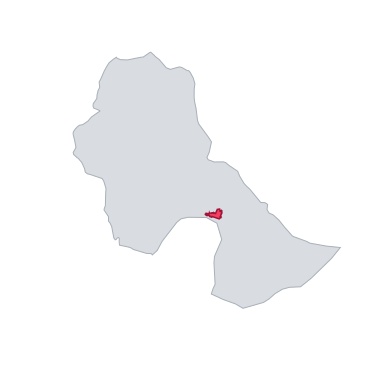 Babītes pag., Babites, Latvia (highlighted), rotated 222°
{"feature_id": "27541924B20304817585286", "entity_name": "Babītes pag.", "entity_type": "district", "adm_level": 2, "iso_a3": "LVA", "parent_name": "Latvia", "parent_adm1": "Babites", "projection": "albers", "projection_center": [23.861, 56.895], "detail": "fine", "context": "in_parent", "style": "filled", "palette": "rose", "viewbox_px": 384, "rotation_deg": 222, "n_neighbors": 0, "source": "geoboundaries", "source_scale": "gbopen_adm2", "svg_char_len": 3971}
<svg xmlns="http://www.w3.org/2000/svg" viewBox="0 0 384 384"><g transform="rotate(222 192 192)"><path d="M275.6,280.0L273.5,279.7L267.5,277.6L262.3,274.4L259.2,269.9L253.8,263.8L250.3,260.7L244.9,256.8L235.8,248.9L232.6,247.1L216.8,243.8L211.1,242.3L205.8,233.1L204.0,227.7L201.5,226.8L198.7,228.0L195.7,229.1L188.7,235.5L186.5,236.4L182.1,236.5L171.9,238.0L167.3,235.7L159.2,233.2L154.9,232.8L151.0,232.8L133.9,230.2L130.7,232.9L127.5,233.4L124.5,229.1L120.7,227.9L116.5,229.3L108.8,229.3L99.8,227.8L88.3,226.5L86.5,226.9L73.5,232.1L70.3,232.8L56.0,241.7L44.6,250.0L43.9,236.0L45.7,208.0L47.9,194.2L55.8,186.4L59.8,180.2L62.3,171.9L63.2,164.1L65.0,157.7L76.3,139.7L84.9,137.9L96.5,133.1L109.4,129.1L111.8,134.6L113.0,138.8L128.3,154.1L132.2,159.2L138.1,176.6L152.6,185.5L164.1,182.7L169.0,178.5L178.1,170.5L182.2,164.7L183.0,159.2L181.2,135.4L178.7,125.1L179.4,118.7L181.0,119.0L184.8,115.9L197.2,110.0L199.7,109.7L202.5,108.5L210.3,104.0L212.9,106.3L215.0,108.9L216.2,108.9L216.8,107.9L216.6,106.2L217.1,105.0L219.4,105.6L228.6,112.6L232.2,114.1L234.6,114.5L237.5,117.8L245.4,119.8L246.4,121.6L247.1,123.7L254.7,132.6L258.2,137.0L264.8,141.0L267.7,141.9L278.9,137.1L282.0,135.5L284.7,135.4L287.5,137.5L293.7,140.2L299.3,140.9L300.3,140.6L305.0,140.7L306.7,141.8L308.1,147.5L313.7,151.8L318.9,155.3L320.3,157.0L320.9,160.3L320.8,164.3L320.3,166.4L318.3,168.9L316.8,174.9L316.9,180.6L314.6,190.6L315.2,190.7L321.2,188.6L323.0,189.5L324.5,191.6L325.3,197.8L327.4,200.4L329.7,204.6L330.6,208.0L334.7,211.7L335.2,214.3L338.2,223.3L339.4,228.5L340.1,232.6L339.3,237.9L338.4,241.5L337.2,241.3L333.7,242.5L328.3,247.0L320.5,257.5L318.5,259.8L316.7,267.5L316.2,268.3L311.3,268.3L310.0,268.1L305.1,268.5L294.3,267.1L290.2,268.6L285.1,276.5L283.0,277.7L276.7,279.1L275.6,280.0Z" fill="#d9dde1" stroke="#a8b0b8" stroke-width="1"/><path d="M153.8,193.0L154.0,193.2L154.2,193.3L154.3,193.4L154.5,193.5L154.9,193.9L155.1,194.0L155.3,194.5L155.3,195.0L155.4,195.3L155.4,195.5L155.5,195.8L155.8,195.8L155.8,196.0L155.9,196.6L156.0,196.7L156.3,196.6L156.5,196.8L156.4,197.0L156.5,197.1L156.9,197.0L157.1,197.7L157.5,197.6L157.4,197.9L157.4,198.0L157.7,198.1L157.8,197.7L158.0,197.6L158.2,197.4L157.9,197.1L157.9,196.9L157.9,196.7L158.0,196.6L158.3,196.6L158.5,196.5L158.9,196.9L159.1,197.0L159.3,197.2L159.4,197.3L159.5,197.3L159.7,197.5L159.8,197.5L160.0,197.7L160.1,197.8L161.6,196.0L161.4,195.6L160.8,193.7L160.2,192.0L160.1,191.8L160.9,191.2L161.3,191.4L161.4,191.2L161.5,191.1L161.4,191.1L161.6,190.9L161.8,190.6L162.0,190.5L162.1,190.4L162.2,190.5L162.2,190.4L162.3,190.4L162.5,190.4L162.6,190.5L162.8,190.4L163.0,190.2L163.4,189.7L163.4,189.4L163.4,189.2L163.5,189.2L163.9,189.0L164.0,188.8L164.4,188.4L164.6,188.1L164.8,188.0L164.8,187.9L165.0,188.0L164.8,187.7L164.7,187.6L164.9,187.4L165.0,187.3L165.1,187.2L165.3,187.1L165.5,186.9L165.4,186.7L165.1,186.6L165.3,186.6L165.3,186.4L165.7,186.4L165.9,186.4L166.4,186.2L166.5,186.1L166.8,186.0L166.9,185.9L167.0,185.8L167.1,185.7L167.3,185.5L167.2,185.4L166.9,185.2L166.7,185.0L166.5,184.9L166.4,184.8L166.5,184.8L166.5,184.7L166.8,184.6L167.0,184.7L167.3,184.5L167.3,184.4L167.2,184.3L166.9,184.3L166.8,184.2L166.6,184.2L166.4,184.2L166.2,184.2L166.1,184.3L165.9,184.4L165.7,184.4L165.4,184.4L165.4,184.5L165.2,184.6L165.3,184.7L165.2,184.7L165.1,184.8L164.9,185.0L164.7,185.1L164.6,185.3L164.4,185.4L164.1,185.6L164.0,185.8L163.9,185.8L163.6,185.9L163.5,186.0L163.4,186.1L163.2,186.2L163.1,185.9L162.7,185.7L162.4,185.7L162.4,185.8L162.2,185.9L162.0,186.0L161.9,186.0L161.7,186.0L161.4,186.1L161.2,186.2L161.0,186.3L160.9,186.3L160.7,186.3L160.5,186.5L160.4,186.6L160.4,186.9L160.4,187.0L160.5,187.0L160.6,187.3L153.8,190.2L153.7,191.3L153.8,191.4L153.8,191.5L153.8,191.8L153.7,191.9L153.6,192.0L153.8,192.1L153.9,191.9L154.0,191.9L154.0,192.0L154.3,192.3L154.2,192.4L154.1,192.5L154.3,192.5L154.5,192.5L154.5,192.8L154.4,192.8L154.1,192.8L153.9,192.8L153.8,193.0Z" fill="#f43f5e" stroke="#9f1239" stroke-width="1.5"/></g></svg>